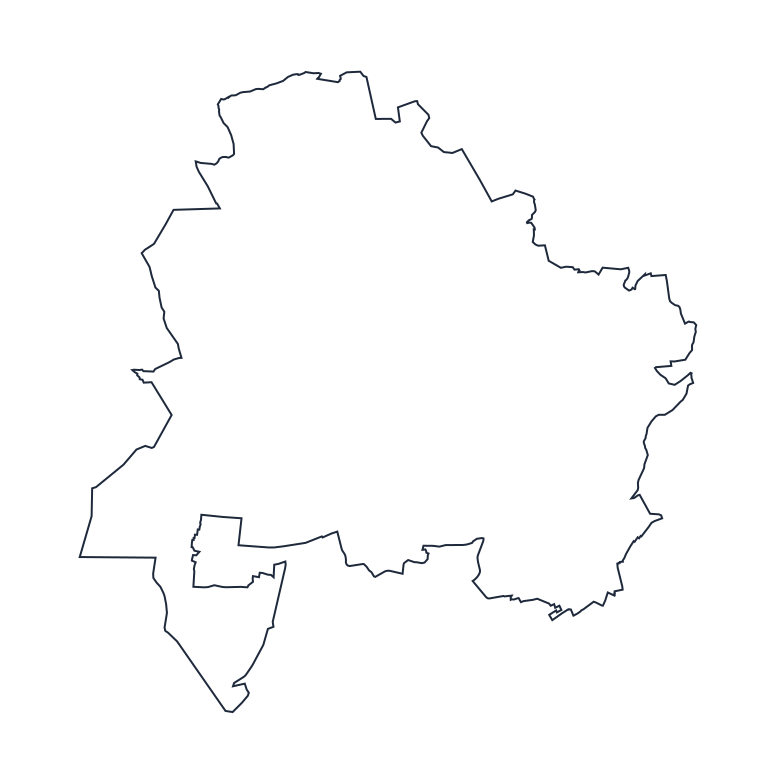 the district of Moroleón, Guanajuato, Mexico, rotated 86°
{"feature_id": "50627088B62680528635044", "entity_name": "Moroleón", "entity_type": "district", "adm_level": 2, "iso_a3": "MEX", "parent_name": "Mexico", "parent_adm1": "Guanajuato", "projection": "orthographic", "projection_center": [-101.228, 20.085], "detail": "fine", "context": "isolated", "style": "outline", "palette": "slate", "viewbox_px": 768, "rotation_deg": 86, "n_neighbors": 0, "source": "geoboundaries", "source_scale": "gbopen_adm2", "svg_char_len": 6075}
<svg xmlns="http://www.w3.org/2000/svg" viewBox="0 0 768 768"><g transform="rotate(86 384 384)"><path d="M537.4,115.9L534.3,116.7L533.2,118.9L532.0,127.6L512.4,136.7L512.8,138.5L515.2,142.5L515.4,145.2L507.5,138.3L505.4,137.7L500.5,137.6L497.6,136.8L486.8,130.8L485.6,130.3L482.3,129.8L473.3,125.8L468.1,126.9L466.0,127.9L463.8,128.1L461.0,128.9L459.4,128.9L456.2,126.8L454.2,126.5L452.2,125.6L446.1,124.2L440.0,119.8L435.3,115.2L433.9,112.2L434.3,106.0L430.1,98.0L422.5,89.6L420.6,87.0L414.7,82.9L406.8,80.8L405.7,79.1L404.5,75.5L399.0,76.9L397.8,76.7L395.8,76.9L394.8,76.4L394.2,77.5L396.4,80.2L401.7,87.9L405.1,94.1L403.3,99.9L397.9,102.7L394.1,107.6L390.1,110.9L386.9,112.6L386.2,111.6L386.0,96.1L381.4,96.5L381.8,92.7L380.8,81.7L374.6,77.2L371.6,74.3L367.4,74.1L366.2,73.8L364.0,72.3L358.3,71.1L353.7,69.3L350.7,69.6L347.0,68.4L344.1,70.7L343.5,74.6L343.1,75.0L343.0,75.8L344.8,79.5L334.5,82.9L330.4,83.2L327.8,83.9L326.5,85.1L325.7,88.0L323.2,91.2L321.5,92.8L318.7,93.5L301.3,94.6L294.9,95.4L295.0,109.7L292.2,110.2L294.0,116.5L292.8,116.2L299.0,123.8L303.4,126.3L306.8,126.8L306.9,127.2L305.3,129.3L307.0,130.5L307.9,133.0L304.8,136.8L303.6,137.7L301.8,138.0L297.6,136.0L297.2,135.2L295.9,134.0L294.1,133.0L289.6,131.5L288.1,131.5L285.1,132.3L286.1,139.8L283.2,157.8L289.8,162.3L286.3,165.9L285.9,168.6L286.8,175.2L286.2,177.6L286.1,182.4L284.9,181.8L285.0,181.2L284.7,181.0L283.1,181.7L283.2,186.0L280.6,187.6L279.7,194.0L280.4,199.5L272.6,211.1L256.9,213.8L256.8,220.6L255.4,223.2L252.7,225.7L246.0,224.0L240.1,223.8L240.3,222.8L238.5,222.9L233.6,225.8L233.1,227.4L233.5,229.9L232.6,230.2L230.7,227.9L229.8,225.4L228.5,224.8L225.7,224.6L223.0,221.5L221.2,220.5L215.4,221.0L213.4,221.6L211.1,221.5L210.4,221.0L210.0,221.4L207.5,222.3L204.1,229.4L200.2,239.3L203.8,242.3L207.2,257.0L209.4,263.8L187.2,274.1L155.1,290.0L158.3,299.6L156.8,308.1L151.9,313.5L150.0,320.5L139.0,328.0L135.9,329.2L124.9,322.8L121.9,320.3L118.5,320.9L107.3,330.6L104.1,331.2L104.1,333.5L109.0,350.8L123.2,349.9L124.0,354.3L120.0,358.4L119.0,373.7L76.5,380.1L75.3,382.9L70.8,385.9L70.5,399.5L73.5,406.3L76.5,405.8L77.8,407.1L78.6,407.1L79.7,408.9L74.9,429.3L74.2,428.7L74.0,427.9L70.1,425.3L69.2,427.6L69.1,432.6L67.3,440.5L68.2,441.9L69.6,446.4L69.7,447.8L69.1,447.9L68.8,449.3L69.1,453.2L71.0,458.4L74.6,463.5L76.6,470.2L78.0,477.5L79.3,479.4L80.1,481.2L80.0,481.5L81.5,483.8L80.8,489.1L80.9,491.3L82.9,497.2L83.0,504.2L83.4,507.0L85.6,511.7L85.6,516.5L87.4,519.1L86.9,519.2L88.8,522.9L89.0,524.2L88.3,526.6L93.5,530.3L95.1,529.7L97.0,529.8L98.7,529.3L100.9,529.6L104.7,529.3L106.4,528.3L112.5,525.8L116.8,522.1L125.1,519.1L134.0,517.3L144.1,517.5L145.4,518.9L147.3,523.0L147.2,524.1L146.6,525.3L146.3,529.1L147.1,531.3L148.2,532.8L150.2,533.7L152.2,535.6L153.4,538.0L152.4,540.5L150.7,551.4L148.8,556.3L154.2,555.8L159.4,553.9L174.5,546.0L192.2,538.8L192.4,537.9L197.4,535.5L195.6,581.8L209.6,590.8L228.2,603.7L233.4,613.1L236.6,616.6L250.9,609.7L260.4,608.1L271.8,605.3L275.4,602.1L282.4,601.9L292.2,600.5L296.6,598.1L303.3,599.3L313.0,596.8L329.7,586.8L334.3,586.3L343.8,584.2L343.7,586.5L344.9,591.9L347.3,596.7L353.1,611.2L355.5,613.1L354.4,623.1L352.8,624.3L353.0,627.0L352.3,632.4L352.5,634.1L355.0,631.6L356.5,629.3L358.1,629.6L360.4,627.4L362.2,627.3L362.9,624.6L365.9,623.6L366.0,615.8L400.1,598.0L430.7,617.8L431.6,620.1L429.1,626.5L432.1,635.5L446.3,649.5L466.8,678.5L467.7,682.4L495.5,684.9L535.4,699.6L541.3,624.0L557.0,627.5L561.4,627.6L566.3,624.7L570.7,621.2L576.8,618.7L580.4,617.7L588.5,616.7L597.2,616.5L611.7,619.9L615.0,619.4L617.0,616.8L626.4,608.3L699.1,564.9L700.7,557.9L692.1,548.0L685.5,541.6L682.6,540.4L679.2,542.3L673.2,543.8L675.0,555.7L671.8,554.4L666.3,544.2L664.7,542.2L655.7,535.1L635.9,522.6L620.2,516.9L618.5,511.2L613.5,511.6L561.2,495.6L557.5,494.7L554.2,494.8L556.1,501.9L556.6,506.1L569.1,507.6L566.6,510.0L566.1,513.2L564.1,518.2L563.6,521.1L568.0,522.2L566.5,528.1L568.7,528.6L572.2,528.5L575.4,533.3L577.3,534.4L576.4,541.0L575.7,556.0L575.2,559.4L572.9,567.3L574.3,573.7L574.3,577.5L573.0,588.3L558.6,586.4L557.2,586.3L555.4,586.6L551.6,585.6L548.7,584.3L546.8,588.0L545.7,587.8L541.3,586.4L541.8,583.2L538.5,579.9L537.1,584.7L533.4,586.3L533.3,587.3L529.1,586.7L526.2,586.1L526.3,584.8L524.4,584.7L524.5,583.8L521.1,583.1L521.4,581.0L516.1,579.9L516.4,578.4L513.5,577.7L511.1,576.7L509.8,577.1L506.5,576.0L501.7,575.3L505.4,554.0L508.0,535.5L534.7,540.4L539.1,509.9L539.4,505.1L538.9,495.6L537.0,473.3L531.7,456.6L532.8,455.9L529.5,446.9L528.0,440.9L545.3,437.8L546.9,437.4L551.2,435.0L553.5,434.4L556.9,434.2L559.4,434.5L561.6,433.8L562.7,432.6L563.2,430.8L562.1,417.8L562.3,416.6L565.1,414.1L568.9,411.9L570.9,409.6L575.1,407.5L575.8,406.2L570.9,395.9L570.5,393.4L570.7,391.5L574.6,378.7L565.1,377.0L564.0,376.4L561.3,372.2L563.9,366.0L564.1,363.7L565.4,358.7L564.9,355.9L561.7,352.7L558.1,352.3L556.2,351.4L555.3,353.5L553.3,353.6L551.9,354.3L552.1,357.2L548.1,355.9L548.9,346.0L550.1,340.1L549.0,333.8L550.1,316.2L549.9,312.7L549.1,308.9L548.5,307.0L547.3,306.3L544.9,302.2L544.5,297.0L545.0,295.5L547.3,295.8L561.7,302.4L564.0,302.9L568.3,302.6L576.7,301.2L578.8,301.6L580.7,302.6L583.1,304.5L585.6,307.4L586.7,309.3L603.6,297.1L604.9,295.7L605.3,294.1L603.8,279.6L604.3,278.7L604.0,271.3L605.8,272.5L608.1,272.6L607.8,271.8L608.0,269.1L607.0,265.6L607.0,264.6L611.2,262.6L610.3,259.9L609.7,250.6L608.9,246.1L614.6,234.6L616.8,233.2L615.5,229.6L619.2,228.8L617.4,224.5L621.8,222.8L623.9,227.5L621.9,228.1L625.8,235.3L631.3,232.6L625.2,222.5L621.6,215.8L622.0,215.3L621.7,214.6L622.0,213.3L628.3,211.2L628.0,210.4L626.4,206.9L624.6,203.9L623.6,203.0L622.8,201.0L615.8,190.0L616.9,187.6L620.1,182.3L620.4,181.1L615.6,178.5L607.6,175.3L611.2,168.8L610.9,168.6L610.1,169.1L608.8,168.8L608.9,168.4L606.9,168.4L605.8,160.3L602.7,160.4L583.7,163.7L579.5,163.8L579.4,162.4L578.8,162.4L578.7,161.0L578.0,161.0L577.9,158.1L576.8,158.2L574.6,156.5L570.6,154.5L563.4,149.8L558.2,145.9L558.9,145.0L554.6,141.6L555.7,140.3L553.5,138.6L554.0,137.9L544.9,129.8L541.1,126.8L539.6,123.6L537.4,115.9Z" fill="none" stroke="#1e293b" stroke-width="2"/></g></svg>